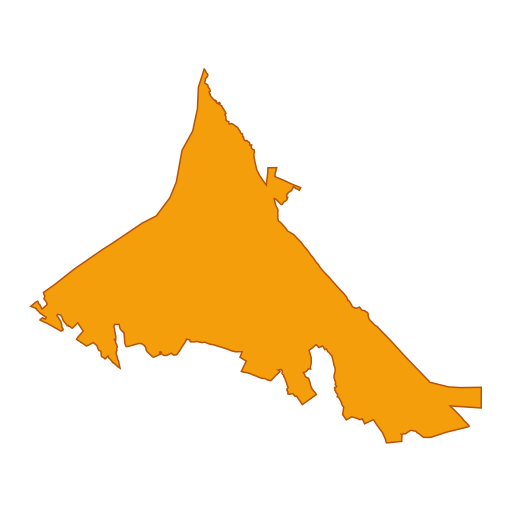 Pomarla, Botosani, Romania
{"feature_id": "2599482B28021432956179", "entity_name": "Pomarla", "entity_type": "district", "adm_level": 2, "iso_a3": "ROU", "parent_name": "Romania", "parent_adm1": "Botosani", "projection": "mercator", "projection_center": [26.307, 48.065], "detail": "fine", "context": "isolated", "style": "filled", "palette": "amber", "viewbox_px": 512, "rotation_deg": 0, "n_neighbors": 0, "source": "geoboundaries", "source_scale": "gbopen_adm2", "svg_char_len": 6031}
<svg xmlns="http://www.w3.org/2000/svg" viewBox="0 0 512 512"><path d="M469.0,425.6L463.3,419.8L462.4,418.4L456.6,412.3L450.1,405.9L481.2,408.0L481.3,387.3L460.6,387.6L449.1,387.0L429.5,382.2L429.3,381.5L406.3,357.7L390.2,340.1L382.3,332.1L377.2,326.6L374.7,325.1L369.5,319.6L368.7,317.9L368.1,315.2L368.2,314.4L368.0,313.5L367.3,312.3L366.0,311.8L364.8,310.7L362.1,310.3L361.5,309.8L359.5,307.1L356.3,308.3L353.7,307.5L352.3,306.5L350.6,303.2L348.9,300.7L347.9,300.6L347.7,300.2L347.9,299.7L346.8,297.9L346.8,297.2L342.4,292.0L339.6,289.2L331.8,280.5L330.1,278.3L322.8,270.8L319.5,266.6L318.6,264.8L316.0,262.0L313.9,258.7L311.0,255.3L307.2,249.8L304.0,246.3L301.6,242.9L293.8,234.7L287.4,230.8L286.3,228.9L280.6,222.5L278.6,221.2L277.8,218.6L277.9,216.7L277.7,212.6L277.9,211.6L277.9,209.5L275.8,205.5L274.1,198.9L274.6,198.5L276.0,199.3L280.7,204.1L281.1,204.4L282.0,204.4L282.4,204.2L283.5,202.3L286.9,199.9L287.2,198.6L287.8,197.4L286.6,197.0L287.1,193.9L289.7,191.6L291.6,190.6L292.2,189.0L293.0,187.9L293.5,187.5L293.2,187.0L293.3,186.7L294.4,187.0L295.6,188.6L296.7,188.7L299.3,190.3L300.7,187.6L291.4,183.9L284.0,180.4L274.9,176.6L275.2,173.0L275.9,171.3L276.0,170.1L276.7,167.6L267.9,167.8L267.9,171.4L266.5,182.9L266.4,185.1L265.1,183.6L259.6,175.4L256.8,169.9L254.9,161.7L254.0,156.6L253.9,153.9L254.4,152.2L254.1,149.8L252.7,149.4L251.7,148.6L251.8,148.0L251.2,146.7L251.4,145.7L251.8,145.1L251.7,144.9L249.9,145.1L249.7,144.7L249.8,144.2L249.5,142.7L249.2,142.3L247.9,141.6L246.8,140.4L245.5,140.9L244.9,140.6L244.7,140.0L244.1,139.7L243.6,138.1L243.6,137.1L243.1,137.1L242.6,136.3L242.5,134.0L241.5,133.6L240.7,132.9L240.0,131.5L239.9,131.0L239.5,130.3L239.0,129.8L237.8,127.7L232.7,124.0L231.0,123.5L229.9,124.1L228.9,123.7L228.8,122.7L228.9,121.8L226.6,120.8L226.0,120.0L226.2,119.7L225.8,119.2L226.0,118.3L225.7,116.2L224.9,114.3L225.0,114.0L226.0,113.6L225.6,112.6L221.5,105.7L218.9,104.2L220.1,103.3L219.1,102.4L217.8,103.3L217.0,103.2L216.1,101.9L216.1,101.5L216.5,101.2L215.2,100.2L214.7,100.7L211.1,96.7L209.8,94.3L210.1,94.1L209.0,92.0L210.2,91.2L210.2,90.9L209.5,88.5L208.3,87.5L207.8,85.0L206.5,84.0L205.1,83.4L204.7,83.1L204.7,82.0L205.4,80.3L205.4,78.7L207.3,76.8L207.9,75.0L207.5,74.0L206.6,73.2L206.1,72.3L205.2,70.2L204.2,69.1L198.4,87.2L197.4,108.9L192.7,131.0L182.0,150.4L176.3,182.1L169.9,197.7L156.3,215.9L142.2,223.1L113.2,242.7L102.7,249.4L74.6,268.8L54.3,284.8L43.4,292.5L44.0,294.7L44.8,295.8L44.7,297.0L44.2,297.8L43.9,298.8L44.3,299.4L45.4,300.5L46.6,302.6L47.2,304.1L46.5,305.1L42.8,308.4L41.9,308.8L41.1,307.5L39.9,304.8L38.8,303.9L38.2,302.0L37.7,301.2L35.9,302.1L30.7,306.3L36.3,308.5L36.5,309.0L36.4,309.4L38.5,311.2L39.9,313.0L46.3,317.4L45.3,319.1L42.4,317.8L40.7,319.3L40.3,319.3L39.9,320.0L40.1,320.2L47.3,323.4L61.0,331.1L61.7,330.5L62.8,330.5L62.7,329.8L63.1,329.4L63.1,329.1L61.9,327.0L61.8,325.2L60.7,321.3L56.8,315.2L57.6,314.4L60.6,315.0L62.2,317.5L63.4,320.8L66.8,324.9L67.2,325.7L68.4,325.3L68.6,325.6L68.6,326.2L69.9,326.5L71.7,328.0L72.5,328.1L77.7,322.9L83.2,331.1L78.1,336.9L76.5,339.3L86.6,346.0L93.4,342.6L96.9,345.7L98.2,349.1L98.9,350.4L100.9,351.3L101.3,355.8L101.6,356.5L104.5,358.3L104.6,358.7L105.0,358.9L106.1,358.2L106.5,357.1L107.7,356.7L107.7,356.2L108.1,355.9L108.4,356.7L108.4,357.6L110.2,359.2L113.1,362.9L113.5,362.6L117.7,366.6L120.1,368.2L119.1,364.1L118.7,361.6L117.5,358.9L117.4,357.4L116.0,353.5L116.2,351.9L116.9,350.5L116.7,348.8L117.3,346.6L116.8,345.7L116.8,344.8L115.6,342.7L115.7,340.9L115.0,340.5L114.3,339.6L114.3,339.4L115.1,339.3L115.5,340.1L115.8,339.6L115.8,336.1L114.7,330.9L114.5,328.7L113.7,326.3L114.7,324.3L119.2,324.5L119.8,327.9L120.7,329.6L123.6,332.6L123.8,332.3L124.0,332.5L124.8,342.9L125.7,345.9L126.1,346.4L126.7,346.6L128.4,346.4L139.1,343.4L141.9,343.8L142.6,344.4L143.7,344.8L144.7,346.2L145.0,346.1L145.9,348.0L146.0,349.4L147.2,351.7L152.5,356.8L153.4,357.1L154.5,356.9L160.2,354.3L159.6,352.2L160.2,351.7L161.0,351.9L161.3,352.4L161.3,353.7L164.0,355.5L167.0,355.4L171.2,353.2L173.6,355.1L176.6,354.7L177.6,353.7L180.3,349.6L184.8,342.7L186.1,340.5L186.4,339.4L186.8,339.1L187.9,339.6L189.6,339.8L190.0,340.4L190.1,341.5L190.5,341.8L194.9,341.9L196.2,341.4L202.1,342.6L204.8,342.2L209.3,344.0L214.2,345.0L225.9,348.6L232.1,351.0L235.6,351.8L242.1,351.7L240.0,357.3L246.3,361.1L241.3,371.4L243.4,372.2L246.0,372.5L249.2,373.2L255.2,375.8L256.1,375.9L258.4,377.1L262.2,378.4L265.1,378.6L267.4,379.9L270.8,380.7L276.4,374.9L279.7,372.0L280.0,371.3L278.1,370.0L281.0,369.4L282.0,370.5L282.3,371.7L282.0,373.2L282.4,374.0L283.6,375.1L283.8,376.6L285.0,378.3L285.4,380.2L285.9,381.2L287.5,386.1L288.1,387.2L287.8,388.1L286.9,388.9L286.9,389.7L286.9,390.3L287.9,391.8L287.9,394.0L289.5,394.3L291.9,393.7L293.0,393.8L295.1,396.4L296.6,396.1L302.3,404.6L316.4,394.5L314.8,392.1L313.0,390.3L312.0,388.7L310.8,386.1L310.1,382.8L308.6,378.4L305.4,376.7L304.4,374.2L303.3,372.5L305.0,372.1L306.0,371.6L307.4,370.3L308.2,369.1L308.8,368.8L310.7,369.0L310.5,368.2L310.4,366.9L311.4,362.6L311.2,361.1L311.2,357.5L309.0,350.3L312.4,347.9L315.8,344.9L316.2,345.3L316.6,345.0L319.0,347.6L321.2,346.4L321.5,346.7L322.5,346.1L323.1,346.6L324.9,349.7L326.4,349.0L327.8,351.7L329.0,352.5L331.9,356.1L333.0,360.4L333.8,364.3L335.1,368.5L335.2,371.0L334.1,375.4L334.0,377.3L334.6,379.7L335.6,382.3L335.3,384.2L335.4,384.9L336.5,386.0L336.6,386.5L336.0,387.1L334.7,387.4L334.5,388.1L334.9,388.7L334.9,390.2L334.9,390.6L335.7,391.2L335.9,392.4L336.4,392.8L337.7,394.9L337.2,396.8L338.4,397.2L339.2,398.3L341.6,402.9L341.5,403.3L341.6,403.9L342.5,405.7L343.7,407.0L342.7,414.6L346.3,419.9L351.8,416.8L358.4,418.8L359.2,419.6L361.0,419.4L362.4,418.9L364.6,423.8L373.3,419.7L374.5,421.1L376.5,424.5L382.5,432.7L385.2,438.7L386.1,441.8L386.6,442.9L401.7,441.4L401.9,435.0L401.3,434.3L402.2,434.4L403.6,433.7L404.9,433.9L405.7,433.6L410.2,430.6L411.1,430.3L416.0,431.3L416.9,432.6L418.8,433.6L423.5,437.4L429.9,437.4L431.3,437.2L446.4,432.2L466.7,427.2L468.9,426.5L469.1,426.2L469.0,425.6Z" fill="#f59e0b" stroke="#b45309" stroke-width="1.5"/></svg>